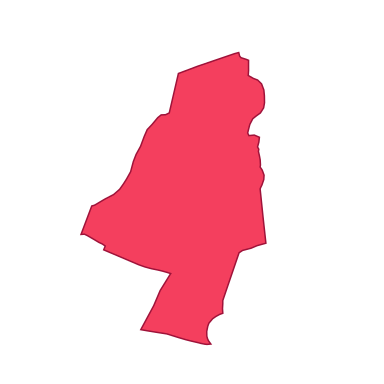 outline of Saensokh, Phnom Penh, Cambodia, rotated 22°
{"feature_id": "14789045B60283384180487", "entity_name": "Saensokh", "entity_type": "district", "adm_level": 2, "iso_a3": "KHM", "parent_name": "Cambodia", "parent_adm1": "Phnom Penh", "projection": "natural_earth1", "projection_center": [104.865, 11.597], "detail": "fine", "context": "isolated", "style": "filled", "palette": "rose", "viewbox_px": 384, "rotation_deg": 22, "n_neighbors": 0, "source": "geoboundaries", "source_scale": "gbopen_adm2", "svg_char_len": 1530}
<svg xmlns="http://www.w3.org/2000/svg" viewBox="0 0 384 384"><g transform="rotate(22 192 192)"><path d="M279.7,211.8L267.5,189.1L254.0,163.6L254.0,162.1L254.2,159.3L253.9,153.6L252.5,149.4L248.9,145.4L245.8,143.3L245.4,141.4L243.2,136.7L241.1,133.4L238.4,129.5L237.9,127.3L235.9,125.7L235.3,120.7L234.0,116.0L228.4,115.9L223.6,118.4L221.5,116.4L220.9,112.2L220.6,110.1L220.3,107.6L220.9,101.3L223.2,97.2L225.8,93.1L226.9,87.2L225.8,82.1L223.1,75.7L220.4,70.5L216.0,65.7L210.9,63.6L206.4,63.7L200.5,62.9L198.9,58.1L197.1,53.7L195.1,48.7L192.7,48.7L187.1,49.1L185.3,48.2L183.1,45.2L179.6,47.8L150.0,73.4L135.0,87.2L141.3,127.2L138.6,130.2L134.5,132.1L132.4,135.9L129.7,144.3L127.1,150.9L126.9,158.3L127.2,168.9L126.1,178.1L126.2,185.7L127.5,196.2L126.5,204.3L125.4,210.3L123.9,216.6L120.3,223.7L114.3,230.7L110.9,235.1L107.5,239.6L106.4,240.9L104.3,242.5L105.0,272.9L108.1,271.4L111.2,271.6L118.9,272.7L124.6,273.6L128.4,273.8L131.8,274.6L131.8,278.7L169.7,279.4L176.4,279.1L183.1,278.3L189.5,277.1L194.2,276.4L198.8,275.9L202.8,275.6L199.4,295.3L199.1,311.7L196.3,336.9L196.1,338.8L202.2,337.5L211.5,335.4L221.8,333.0L233.9,332.0L241.2,331.3L246.4,330.6L255.4,329.2L256.7,329.1L258.7,328.7L260.8,328.3L263.0,327.7L266.4,325.9L263.2,323.9L261.5,322.4L259.8,320.2L257.9,315.8L256.9,310.5L256.8,307.3L258.6,301.8L260.8,298.4L263.5,295.1L266.0,292.9L264.0,288.8L262.3,283.8L261.2,281.1L260.4,267.2L258.4,230.7L260.8,227.2L267.8,222.0L272.4,217.4L276.7,214.1L279.7,211.8Z" fill="#f43f5e" stroke="#9f1239" stroke-width="1.5"/></g></svg>